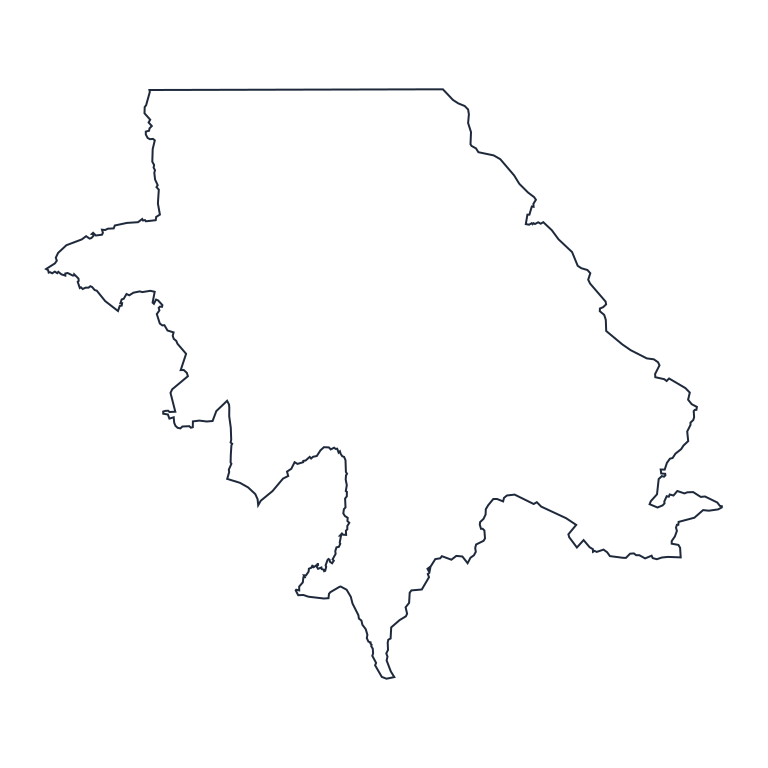 the district of Koinadugu, Northern, Sierra Leone
{"feature_id": "65957751B98964407864499", "entity_name": "Koinadugu", "entity_type": "district", "adm_level": 2, "iso_a3": "SLE", "parent_name": "Sierra Leone", "parent_adm1": "Northern", "projection": "albers", "projection_center": [-11.318, 9.329], "detail": "fine", "context": "isolated", "style": "outline", "palette": "slate", "viewbox_px": 768, "rotation_deg": 0, "n_neighbors": 0, "source": "geoboundaries", "source_scale": "gbopen_adm2", "svg_char_len": 6070}
<svg xmlns="http://www.w3.org/2000/svg" viewBox="0 0 768 768"><path d="M718.1,509.4L721.8,507.4L721.9,506.3L719.8,505.8L717.3,502.5L705.0,496.5L700.7,496.9L693.2,492.1L687.4,492.3L684.4,493.4L677.3,491.0L673.5,495.5L669.7,494.5L668.8,496.7L666.7,496.2L664.3,501.5L664.5,503.4L662.6,505.4L657.5,507.5L649.6,504.2L650.8,501.2L657.0,494.3L658.7,479.0L661.9,476.1L664.0,476.7L665.4,475.3L665.2,473.8L661.2,473.5L660.7,469.5L664.7,469.6L666.9,462.9L669.9,458.7L672.6,458.0L675.4,453.7L681.2,449.1L683.5,445.5L688.2,441.1L687.2,431.5L690.5,424.9L690.5,422.6L693.3,420.0L694.1,417.1L693.7,411.1L694.8,409.9L696.4,409.8L696.9,406.9L691.7,404.2L688.1,399.7L689.8,392.6L685.4,388.1L669.1,378.5L666.6,381.0L664.3,379.2L655.3,377.2L655.1,374.0L659.5,365.3L658.0,362.2L653.8,359.3L646.8,358.4L630.7,350.2L622.3,344.4L606.2,331.0L605.8,319.9L604.2,314.9L599.8,311.2L599.9,308.5L603.1,307.2L606.1,304.4L605.6,301.6L590.1,283.6L588.2,279.7L590.3,273.2L587.4,270.0L581.3,268.2L577.7,265.8L572.1,252.1L558.5,239.3L551.8,230.2L543.3,222.2L540.7,223.7L538.2,222.3L535.0,224.0L533.5,223.2L532.6,224.2L531.7,223.2L529.1,224.7L525.8,224.1L527.4,214.7L529.4,214.7L531.8,206.5L533.6,206.8L533.4,203.8L535.9,199.8L534.2,197.2L528.0,192.5L519.3,183.8L514.2,175.5L500.3,159.2L493.7,155.4L478.4,152.2L476.0,148.4L471.5,145.9L470.5,144.3L471.0,132.1L468.1,123.0L468.9,114.3L468.1,109.5L464.7,106.0L458.3,103.4L452.9,99.9L442.9,89.3L149.4,90.0L149.8,92.0L146.1,105.3L144.7,107.0L144.5,113.3L150.2,119.7L148.6,122.5L151.8,126.0L149.5,128.4L149.1,130.7L145.8,131.6L145.8,134.5L147.7,138.0L150.0,139.2L153.0,138.9L154.8,140.4L152.7,149.0L152.3,161.7L154.1,165.0L153.6,167.6L155.0,170.2L154.3,172.8L155.1,179.6L157.7,185.2L156.5,187.1L158.8,189.7L157.9,203.5L159.9,214.6L156.2,216.9L155.7,220.2L145.9,221.3L145.0,220.1L143.0,220.5L142.2,219.0L138.0,222.2L127.0,222.9L114.8,225.5L113.7,228.4L107.8,228.7L105.2,230.0L102.0,229.7L102.9,232.8L102.0,234.7L95.9,235.5L93.1,232.8L91.8,234.0L93.7,234.5L93.5,235.8L91.3,238.1L89.6,238.6L86.1,236.2L81.8,239.4L66.4,245.2L58.1,252.9L55.8,257.7L56.8,260.7L54.9,263.4L46.1,269.0L48.1,270.1L48.7,272.6L50.1,272.2L52.2,273.3L54.8,271.6L57.2,273.2L58.3,271.8L61.3,274.3L65.3,275.6L65.3,273.5L67.6,273.0L72.9,275.6L74.0,275.4L74.2,274.3L78.5,278.6L78.7,280.9L77.7,281.8L79.8,288.0L80.9,287.3L82.7,289.0L85.5,287.7L88.5,287.7L90.3,286.2L92.2,287.1L94.6,290.0L96.8,290.7L105.2,301.1L118.0,311.0L119.7,306.0L121.7,305.6L122.1,303.2L120.4,303.2L121.7,299.4L123.7,298.8L126.5,294.0L129.3,295.3L133.4,292.7L139.7,291.4L142.3,292.1L150.3,290.8L154.7,291.8L152.6,302.6L153.9,303.8L156.0,299.6L158.1,300.4L162.4,305.1L162.0,306.8L160.0,306.6L158.7,307.9L159.4,310.4L156.8,314.1L159.8,323.5L162.3,325.4L164.4,325.2L167.5,330.5L173.6,332.4L172.7,335.8L173.8,338.9L176.2,340.8L177.5,343.8L186.1,353.8L180.7,370.1L183.7,370.0L186.8,372.8L187.9,376.2L172.2,389.3L170.5,392.9L175.3,411.7L169.5,412.0L168.1,410.7L165.3,410.9L163.2,411.5L163.2,413.7L167.9,414.5L169.4,418.6L173.7,417.3L174.2,422.8L175.5,425.9L177.6,427.8L180.4,428.4L182.4,426.5L189.3,426.2L190.9,427.7L192.8,427.2L192.9,421.4L199.3,420.6L206.8,421.5L212.6,421.0L216.3,411.1L227.1,400.8L229.0,404.5L229.3,407.5L229.2,416.1L230.8,427.9L231.2,439.8L230.6,442.5L232.2,443.8L231.4,445.3L230.8,454.9L230.6,462.5L231.4,463.8L228.8,469.7L229.2,472.0L227.2,478.9L239.9,482.8L248.1,487.4L255.3,494.1L257.6,499.2L258.2,505.2L260.8,500.7L272.5,491.1L283.0,478.6L288.2,476.0L287.0,471.6L291.3,468.8L294.6,462.2L297.5,463.9L303.2,462.2L303.3,460.9L305.6,460.5L309.7,456.9L311.1,458.5L313.0,456.8L316.8,456.0L320.5,450.3L323.9,447.2L328.9,447.4L330.7,449.4L334.1,447.7L335.6,448.9L337.2,448.7L338.6,452.6L339.9,451.3L340.6,453.7L342.2,456.2L344.1,456.9L345.5,460.2L345.9,471.9L347.0,473.8L346.0,475.4L345.7,479.5L346.8,485.2L345.8,491.1L346.9,491.8L346.8,496.4L345.1,498.5L345.5,507.4L343.9,509.2L343.3,513.4L344.9,516.0L347.7,517.8L347.4,521.0L349.3,522.8L347.3,526.0L347.3,529.3L345.9,530.7L346.1,534.9L343.0,534.7L341.9,533.5L339.9,535.7L341.0,535.8L339.7,542.7L340.3,543.8L338.8,546.9L336.5,547.3L335.3,551.0L335.6,553.9L332.6,559.3L333.8,560.7L332.1,563.3L329.9,561.7L329.6,559.8L328.5,559.0L327.5,560.0L325.6,565.4L326.2,566.7L325.2,570.8L324.2,571.2L323.7,569.7L321.7,569.1L321.4,567.5L318.0,568.8L316.6,566.4L318.1,565.0L317.8,563.2L317.4,564.6L313.5,567.3L312.7,567.1L312.7,565.0L311.2,567.8L308.9,568.7L308.6,571.6L306.0,575.4L303.8,575.3L304.8,577.2L303.4,577.3L302.8,582.4L299.2,586.5L299.2,590.4L296.2,589.7L295.7,590.4L298.2,595.2L303.4,595.0L308.4,596.7L323.8,598.5L328.5,598.2L329.0,593.8L330.3,592.2L339.2,587.0L340.6,586.5L346.6,589.7L350.8,596.8L352.5,603.5L358.4,615.2L358.9,618.6L361.4,620.5L362.4,624.8L365.7,629.1L367.4,634.8L366.8,638.1L368.4,641.6L370.6,642.4L370.4,643.5L371.6,644.7L371.2,646.1L372.8,648.8L373.1,653.5L372.3,655.8L376.1,662.9L375.1,665.3L381.8,676.9L386.5,678.7L394.3,677.1L390.8,671.4L386.6,660.4L387.5,656.6L386.3,653.4L388.0,649.9L387.7,642.6L388.3,639.7L390.6,638.5L391.2,627.4L399.6,620.1L405.9,616.3L407.1,613.7L405.6,607.3L409.1,602.9L409.7,592.7L411.4,590.4L421.8,589.5L429.0,577.2L427.8,574.0L429.3,572.9L430.1,568.8L428.4,570.5L427.5,568.8L430.7,566.4L435.3,559.1L440.2,558.3L441.9,556.2L451.4,559.7L456.3,555.9L462.4,556.5L467.6,563.2L470.5,557.7L473.9,555.3L475.8,551.8L475.2,548.0L476.1,544.5L483.6,540.8L485.0,538.4L484.4,530.5L482.7,528.8L481.0,528.8L479.8,524.7L480.1,522.1L483.5,518.9L485.6,514.5L485.8,509.2L488.2,505.2L493.3,499.0L497.1,499.0L503.1,501.4L504.0,497.9L506.9,495.5L514.6,494.6L533.7,504.0L536.8,502.2L541.2,506.6L566.1,518.2L576.2,524.9L568.4,534.3L569.2,537.2L576.9,547.5L583.6,540.1L589.6,547.2L592.9,549.2L593.0,551.8L594.5,550.9L596.8,551.9L603.5,549.6L607.2,552.3L609.9,556.1L622.9,557.8L625.9,557.9L630.1,553.7L633.8,553.4L636.2,555.2L639.3,555.2L645.1,558.4L651.6,555.7L652.7,558.1L656.8,559.2L661.9,557.5L668.0,556.9L680.7,557.4L680.1,547.8L678.4,544.9L671.7,543.7L671.7,541.1L674.9,536.4L676.9,530.9L676.0,527.7L676.9,524.8L678.3,524.8L678.6,521.9L694.4,517.7L703.1,510.1L708.8,510.7L718.1,509.4Z" fill="none" stroke="#1e293b" stroke-width="2"/></svg>